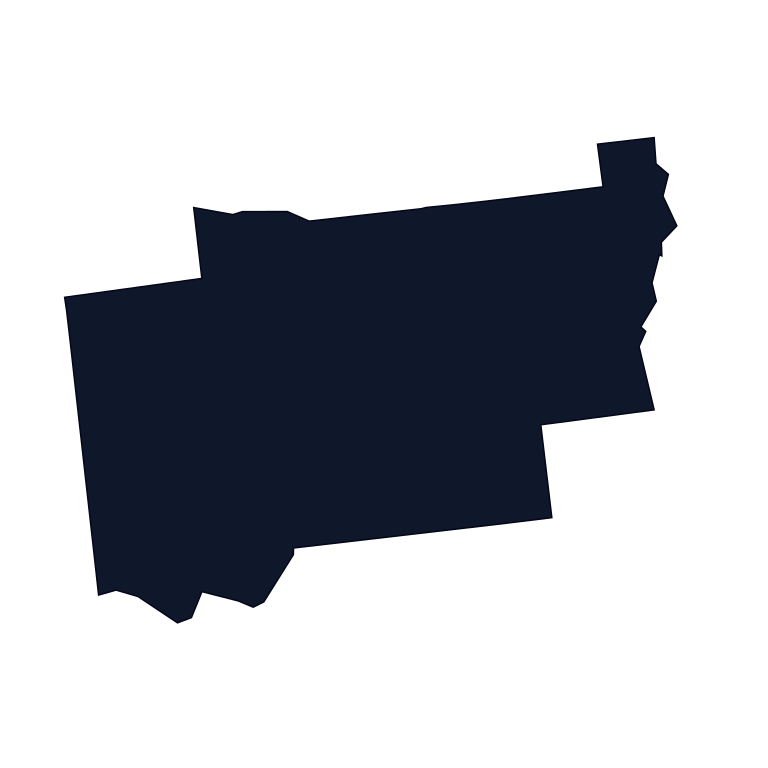 Lonoke, Arkansas, United States of America (Natural Earth projection), rotated 82°
{"feature_id": "52423323B67948009560092", "entity_name": "Lonoke", "entity_type": "district", "adm_level": 2, "iso_a3": "USA", "parent_name": "United States of America", "parent_adm1": "Arkansas", "projection": "natural_earth1", "projection_center": [-91.925, 34.779], "detail": "fine", "context": "isolated", "style": "filled", "palette": "ink", "viewbox_px": 768, "rotation_deg": 82, "n_neighbors": 0, "source": "geoboundaries", "source_scale": "gbopen_adm2", "svg_char_len": 750}
<svg xmlns="http://www.w3.org/2000/svg" viewBox="0 0 768 768"><g transform="rotate(82 384 384)"><path d="M176.2,139.2L219.2,139.6L217.6,237.9L217.1,259.3L216.1,292.1L215.1,316.7L215.0,317.0L215.6,322.9L214.1,372.1L212.3,435.5L199.8,455.7L193.6,500.0L195.2,510.1L182.8,547.9L254.1,549.7L253.7,688.2L267.0,688.1L300.7,688.9L530.2,695.3L553.3,696.0L550.8,678.0L560.2,657.2L591.8,621.7L588.5,607.2L564.3,593.2L578.5,558.6L586.8,544.6L583.0,533.3L540.4,497.5L533.8,496.4L538.9,282.5L539.7,236.4L446.2,234.4L447.2,120.1L382.3,126.2L368.3,117.5L363.2,121.7L339.9,102.8L321.1,104.5L294.4,93.4L295.8,91.0L282.2,89.6L268.1,72.0L236.8,81.6L216.0,73.2L203.8,84.0L177.6,82.2L176.6,123.3L176.2,139.2Z" fill="#0f172a" stroke="#020617" stroke-width="1.5"/></g></svg>